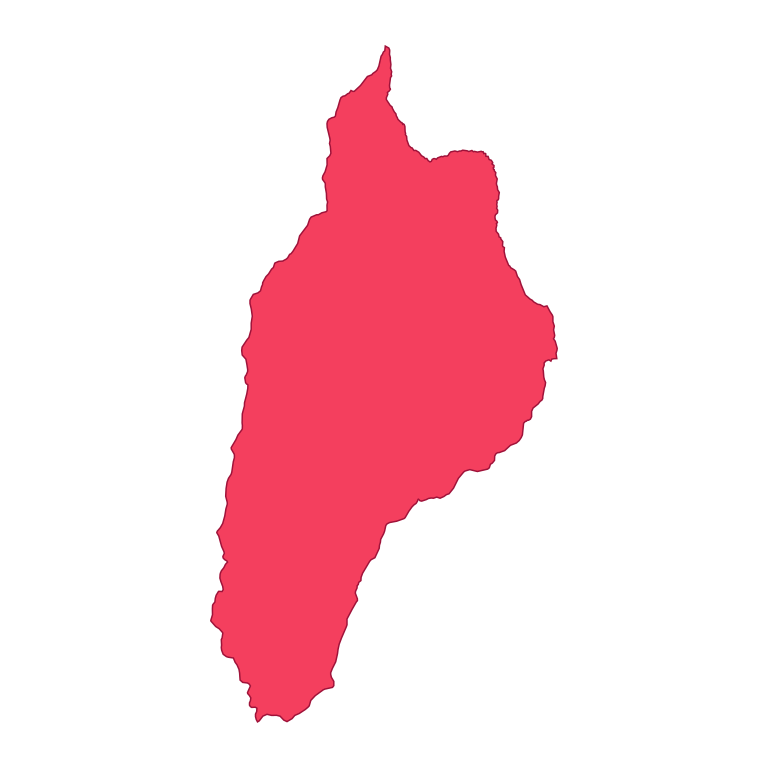 Cajamarca, Tolima, Colombia
{"feature_id": "7082276B39655849977507", "entity_name": "Cajamarca", "entity_type": "district", "adm_level": 2, "iso_a3": "COL", "parent_name": "Colombia", "parent_adm1": "Tolima", "projection": "equal_earth", "projection_center": [-75.489, 4.41], "detail": "fine", "context": "isolated", "style": "filled", "palette": "rose", "viewbox_px": 768, "rotation_deg": 0, "n_neighbors": 0, "source": "geoboundaries", "source_scale": "gbopen_adm2", "svg_char_len": 6091}
<svg xmlns="http://www.w3.org/2000/svg" viewBox="0 0 768 768"><path d="M228.5,478.3L227.1,482.1L226.1,488.5L225.7,496.3L227.2,502.1L227.3,504.1L225.9,509.0L224.8,515.9L222.7,523.5L220.3,527.7L217.2,531.3L216.8,532.7L218.8,536.1L221.6,546.4L224.0,551.8L224.3,553.4L222.9,556.4L223.1,557.9L224.6,559.6L226.8,560.9L227.5,562.1L225.5,564.3L223.9,567.6L221.4,570.8L220.4,573.1L220.1,574.5L219.9,578.1L220.9,581.6L222.7,586.4L223.2,589.6L222.1,591.5L218.8,591.3L218.4,591.6L216.2,595.2L215.3,598.3L214.9,602.0L213.0,604.4L212.6,605.3L212.4,608.8L212.5,614.8L210.8,620.4L211.0,621.2L215.7,626.5L219.3,628.8L222.6,632.6L222.8,633.1L222.1,637.9L221.3,639.6L221.6,645.0L221.3,647.6L221.7,650.4L223.2,654.3L226.4,656.6L228.2,657.2L233.4,658.0L235.2,662.4L237.0,664.8L239.0,669.4L239.6,673.0L240.1,680.1L242.7,682.4L247.5,683.0L249.1,684.0L250.2,685.6L250.4,686.0L247.5,692.6L247.7,693.6L249.4,695.5L250.8,697.9L250.4,700.8L249.5,702.8L249.5,705.2L250.4,706.6L251.6,707.4L255.3,707.2L256.9,708.2L256.7,711.5L255.5,714.1L255.5,716.7L256.3,719.6L257.5,721.9L259.2,720.9L262.9,716.1L267.0,714.3L271.6,715.4L276.6,715.3L280.1,716.2L283.8,720.1L287.0,721.6L292.1,718.6L294.8,715.4L299.2,713.5L305.4,709.4L307.9,707.3L309.2,705.9L310.8,700.4L315.3,695.6L323.1,689.9L324.8,689.1L332.5,687.4L333.8,685.7L333.8,681.4L331.4,677.3L330.7,674.4L330.7,672.7L332.4,668.4L335.7,661.8L337.5,653.7L338.0,649.6L339.2,644.1L341.5,638.0L346.4,626.6L347.0,624.8L347.0,619.0L352.1,609.3L356.4,601.8L357.4,600.7L357.4,598.8L355.3,593.1L355.6,591.1L357.0,588.1L357.2,585.6L358.3,584.5L358.6,582.8L358.9,582.2L360.9,580.6L361.1,577.3L362.6,573.2L369.6,561.4L371.1,559.7L374.9,557.7L379.2,548.4L379.5,545.1L380.4,542.3L380.7,539.3L383.6,533.8L384.6,531.1L385.8,525.5L387.1,523.8L389.7,522.5L396.7,521.2L404.0,518.6L405.1,517.7L408.8,511.3L411.9,507.0L413.8,505.0L416.1,503.4L417.4,501.3L418.0,499.4L418.5,499.2L420.1,500.8L421.7,501.1L426.3,499.6L428.4,498.5L431.1,498.0L433.6,498.2L436.7,497.1L440.1,498.2L443.9,496.5L446.5,494.6L449.0,493.8L453.5,488.2L458.4,478.3L463.8,471.9L465.1,471.0L469.8,469.6L477.4,471.5L487.7,469.1L489.3,467.8L490.4,464.3L492.4,463.0L494.5,460.4L494.7,456.0L495.9,453.8L497.5,452.7L499.1,452.6L504.7,450.6L510.4,445.3L516.4,443.0L519.2,440.5L521.2,437.6L522.4,434.9L523.6,423.2L525.3,421.4L526.3,421.2L527.3,420.3L528.6,420.2L530.4,419.1L531.6,416.7L531.6,411.3L533.1,408.0L538.1,404.0L540.1,401.4L541.9,400.1L542.7,398.6L542.8,396.4L544.3,388.2L545.1,385.9L545.6,382.5L544.5,380.0L543.8,377.1L543.3,370.7L542.9,368.9L544.2,365.1L544.1,363.0L545.8,361.0L548.4,360.0L549.0,359.9L550.9,361.1L551.7,359.2L553.9,358.7L556.8,358.6L556.0,353.3L557.0,350.1L557.2,348.3L555.2,341.2L553.5,338.8L554.3,337.4L554.7,335.4L553.6,329.9L554.3,326.1L552.9,321.7L552.9,316.7L552.3,315.1L550.0,311.6L547.0,305.9L543.8,306.7L540.0,304.6L537.7,304.3L533.7,301.9L532.1,300.2L530.1,299.1L525.3,294.9L521.1,284.6L519.6,279.6L517.4,276.4L515.7,271.1L514.2,269.8L510.7,267.7L509.7,266.0L508.7,265.4L505.3,257.1L504.1,251.4L504.4,247.6L502.9,246.6L502.5,245.6L502.8,241.6L500.9,239.1L500.7,237.8L499.1,236.9L498.5,234.1L496.2,231.4L496.0,228.3L496.8,225.2L496.4,223.5L497.4,222.7L497.4,222.3L496.8,221.1L495.5,220.1L495.0,218.0L495.0,216.0L495.6,214.6L497.5,212.9L497.7,210.1L496.6,208.3L497.1,206.6L496.7,204.3L497.1,202.6L496.8,201.1L497.1,200.4L498.2,199.8L498.6,198.8L498.7,196.0L499.3,192.5L497.6,189.7L497.3,186.5L496.7,185.3L496.4,183.4L497.2,178.9L495.6,175.8L495.5,174.6L495.8,172.6L494.4,171.0L494.2,169.6L493.5,169.3L493.3,167.7L493.9,167.3L494.0,165.5L492.1,164.1L492.1,163.5L492.6,163.2L492.7,162.5L491.3,160.3L489.1,159.5L488.1,156.4L485.9,156.3L485.7,153.7L484.9,153.3L483.8,153.6L483.1,151.7L482.1,151.8L481.2,151.3L477.5,152.1L474.5,151.4L473.4,151.7L471.9,150.5L468.8,151.5L467.2,150.8L462.7,150.2L460.9,151.0L459.5,151.0L457.6,151.7L454.9,151.0L450.7,151.9L449.3,153.4L448.2,155.4L447.0,156.1L444.4,156.0L442.9,156.7L441.4,156.4L437.6,157.9L436.3,159.3L434.8,158.6L433.7,158.6L432.2,159.4L431.3,161.3L430.0,161.9L428.1,160.6L426.8,158.5L425.1,158.6L423.9,157.1L421.5,155.7L418.8,152.2L415.8,150.4L413.9,150.5L412.1,147.9L411.0,147.6L408.9,145.6L406.9,140.0L406.6,136.4L405.4,134.7L405.6,133.5L405.1,131.6L404.9,126.4L404.2,124.5L403.4,123.9L402.8,124.3L401.9,122.6L401.2,122.5L397.9,119.3L397.3,117.6L396.3,115.9L395.9,113.8L394.3,111.9L392.4,108.3L392.1,107.0L390.1,105.3L386.3,99.5L386.4,97.6L387.8,94.3L387.4,92.5L389.2,91.0L390.4,89.3L390.2,88.5L389.7,88.0L389.5,85.2L390.5,77.6L391.6,76.0L391.2,74.1L391.7,71.8L390.5,68.3L390.9,64.5L390.3,59.7L390.3,57.5L389.5,54.5L389.7,50.8L389.6,49.8L388.8,48.0L385.3,46.1L384.8,50.8L383.4,52.0L382.4,54.4L381.1,56.2L378.9,66.0L377.3,69.8L375.8,71.4L372.8,73.5L371.8,74.8L367.4,76.5L360.5,85.5L354.3,91.3L352.8,91.4L351.0,90.5L349.1,93.2L347.7,93.7L345.0,95.8L343.0,96.2L341.0,97.6L340.0,100.0L337.8,107.7L336.1,111.9L335.4,116.1L334.4,117.1L331.7,117.8L328.9,119.3L327.5,121.4L327.0,123.6L327.2,127.4L329.9,138.6L330.1,140.5L329.5,143.5L330.3,146.4L330.9,153.2L329.8,155.7L327.0,158.5L327.1,164.9L325.1,171.7L322.9,175.8L322.4,177.9L322.6,179.5L325.0,182.8L325.3,183.9L325.3,186.9L326.4,193.3L326.6,199.0L327.6,202.0L327.0,205.1L327.1,210.7L326.1,211.7L321.8,212.8L318.5,214.7L316.5,214.8L311.1,217.1L309.6,219.3L307.6,225.3L299.6,235.9L297.7,243.5L292.8,251.5L291.0,253.7L289.6,254.4L287.7,257.8L286.3,259.1L282.6,261.1L278.8,261.3L275.1,262.9L274.7,263.4L273.4,267.5L271.6,269.1L268.6,273.9L266.0,276.6L263.8,280.5L262.7,282.7L262.5,284.8L261.6,286.6L260.5,290.8L257.9,292.9L253.3,294.4L250.3,299.5L250.0,300.4L250.0,303.6L251.3,309.0L252.3,316.2L251.2,323.2L251.2,329.4L248.9,337.5L246.9,339.9L242.1,347.1L241.7,350.4L242.2,355.0L245.9,359.2L246.9,364.5L247.7,369.8L247.6,371.6L246.1,375.2L245.3,376.2L244.8,377.8L245.6,382.7L246.6,384.0L247.7,384.6L247.9,385.1L247.8,388.3L246.8,393.9L244.5,402.8L244.4,406.1L242.3,413.8L242.1,422.9L242.4,425.4L242.3,428.6L242.1,429.4L237.9,435.1L236.0,439.5L231.2,447.6L231.3,449.0L234.1,453.9L234.4,455.0L234.4,457.7L233.3,461.7L231.8,472.1L231.1,474.4L228.5,478.3Z" fill="#f43f5e" stroke="#9f1239" stroke-width="1.5"/></svg>